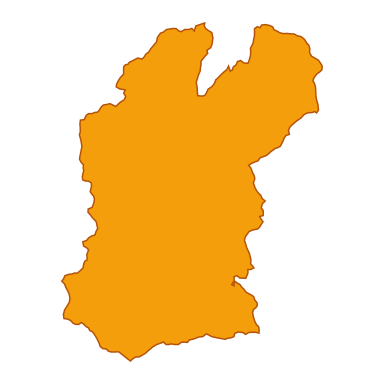 outline of Juquiá, São Paulo, Brazil
{"feature_id": "56859067B43300961500211", "entity_name": "Juquiá", "entity_type": "district", "adm_level": 2, "iso_a3": "BRA", "parent_name": "Brazil", "parent_adm1": "São Paulo", "projection": "robinson", "projection_center": [-47.643, -24.216], "detail": "fine", "context": "isolated", "style": "filled", "palette": "amber", "viewbox_px": 384, "rotation_deg": 0, "n_neighbors": 0, "source": "geoboundaries", "source_scale": "gbopen_adm2", "svg_char_len": 4358}
<svg xmlns="http://www.w3.org/2000/svg" viewBox="0 0 384 384"><path d="M258.9,333.1L259.2,330.0L258.6,326.7L256.4,324.5L254.8,321.3L253.4,316.9L252.6,313.1L253.4,309.5L255.8,307.8L257.3,305.5L257.0,302.7L254.8,300.0L253.7,296.7L251.8,295.2L249.3,294.0L245.8,291.9L244.0,289.2L241.6,287.1L240.0,284.6L237.1,282.9L234.1,280.8L234.0,276.7L237.1,275.7L239.8,278.0L245.8,278.3L247.9,273.2L247.9,269.5L250.9,269.5L253.9,267.9L252.4,265.9L250.7,263.9L250.9,259.5L249.9,255.4L249.0,252.4L247.6,249.7L246.5,247.0L245.8,244.3L244.4,240.2L245.4,236.8L249.0,231.6L252.7,230.0L257.9,228.9L259.7,227.0L261.2,224.5L263.0,221.7L261.3,219.4L259.6,216.5L263.2,215.6L263.3,210.8L261.3,208.0L262.3,203.8L265.2,201.0L262.0,198.4L260.8,195.3L258.7,193.3L256.9,191.2L255.1,187.9L253.4,183.2L254.8,178.7L254.3,176.0L252.6,172.6L250.8,167.9L248.6,165.3L251.6,163.4L254.7,162.0L258.0,160.9L260.1,157.8L262.7,156.9L266.4,155.5L269.1,153.3L270.9,151.5L273.0,150.2L275.1,148.5L278.1,147.5L280.3,146.2L282.3,142.5L284.4,137.7L286.2,135.4L289.4,134.3L288.5,130.5L289.8,127.2L292.6,124.4L296.3,121.2L301.2,117.8L303.9,114.7L307.3,112.9L312.3,112.5L314.6,111.6L316.6,112.9L318.5,110.0L317.9,104.3L316.9,101.1L316.1,97.5L315.8,94.2L315.7,90.8L315.5,87.1L314.3,83.0L312.8,80.8L314.2,77.5L317.0,73.8L319.6,72.0L321.9,69.9L322.2,66.1L320.3,62.8L318.4,60.2L314.5,57.9L311.6,56.3L309.6,52.6L309.8,48.6L308.8,45.2L306.9,43.3L304.5,39.4L300.9,36.5L297.1,35.8L294.3,34.0L290.0,33.8L286.8,33.4L283.9,33.7L279.9,32.8L277.0,31.1L274.0,29.7L272.5,26.7L269.3,25.4L265.4,24.6L261.7,25.0L260.1,27.6L257.2,26.7L254.5,28.7L254.5,35.5L253.7,39.4L253.2,42.4L252.3,44.9L250.5,48.2L250.7,51.2L250.5,55.6L249.1,60.5L247.9,63.3L243.9,63.0L240.6,60.5L237.4,61.6L236.2,64.8L233.2,67.1L232.4,69.9L230.3,71.1L228.5,66.1L226.9,69.5L223.3,72.5L220.9,74.8L218.2,77.7L215.8,79.8L214.4,83.5L212.0,86.5L208.1,89.2L206.5,92.7L205.0,95.4L202.3,96.1L197.8,95.7L197.4,92.3L197.2,87.5L196.2,82.5L197.3,78.9L198.1,75.9L200.2,70.9L200.4,68.1L201.0,64.8L201.0,61.4L202.7,59.0L205.0,56.2L207.7,53.4L206.9,50.3L210.6,47.8L212.0,44.5L212.9,38.0L211.8,32.6L208.1,30.4L205.8,28.6L204.2,25.9L204.7,23.0L200.7,24.3L195.8,26.0L194.3,31.1L191.8,28.4L188.8,29.5L184.7,29.5L181.3,31.7L178.7,30.9L176.3,28.7L173.5,28.4L166.5,29.5L163.4,32.1L160.4,33.2L157.4,37.5L156.5,41.9L153.6,45.4L150.8,48.7L148.6,52.2L146.0,54.0L144.0,57.2L141.8,59.1L137.8,58.0L134.5,59.7L131.8,61.2L129.5,62.1L127.9,64.3L125.4,64.8L123.7,66.8L123.6,69.9L123.6,74.0L120.1,77.9L118.2,81.0L116.6,84.1L116.2,86.9L119.6,88.9L122.0,89.3L125.2,89.9L123.7,93.2L125.7,96.4L124.2,99.9L121.3,101.5L118.9,103.4L115.8,106.5L110.0,103.7L106.5,104.5L103.4,105.0L101.2,107.0L99.3,110.1L97.5,112.2L94.9,112.4L91.7,113.7L88.7,113.6L86.3,115.2L84.3,119.6L80.4,120.1L79.9,124.0L80.2,127.2L80.3,131.6L79.4,134.9L80.2,137.6L81.1,141.3L81.9,146.6L81.0,151.1L79.9,156.5L79.5,159.3L81.3,162.6L83.5,164.8L83.1,167.8L83.7,170.4L83.1,173.0L82.3,176.8L82.8,180.0L85.2,181.0L88.3,181.1L91.2,182.8L91.5,186.1L90.8,189.2L90.2,191.8L92.0,194.3L93.6,196.1L94.5,199.4L93.7,203.3L92.1,207.4L88.2,209.0L88.0,212.3L90.1,214.6L92.6,217.9L96.2,221.7L97.0,225.5L97.7,228.4L96.1,231.3L94.9,235.0L91.6,236.0L88.6,237.9L86.6,240.4L82.8,241.8L83.6,246.0L86.7,247.8L88.6,249.9L86.8,254.5L87.2,259.8L84.8,261.2L83.7,264.0L83.1,267.8L80.0,270.9L77.3,273.2L74.4,273.0L72.0,274.0L68.8,274.3L64.9,275.7L63.5,279.0L61.8,281.1L64.6,284.1L65.8,287.4L67.5,290.4L69.2,294.2L69.9,298.4L69.3,302.3L67.0,306.2L64.6,309.9L63.4,314.6L64.0,318.6L67.4,319.0L70.4,320.4L73.3,323.3L75.6,324.4L78.8,324.4L81.3,322.5L83.3,323.8L86.1,326.6L88.6,328.0L89.7,330.5L92.7,331.9L95.3,335.8L97.4,339.5L99.0,342.8L100.2,346.5L102.8,348.6L106.2,348.9L108.4,351.2L111.2,352.0L114.2,352.0L118.7,351.8L122.0,354.4L125.0,356.8L127.5,358.8L130.5,361.0L132.6,358.9L135.6,357.0L139.2,356.9L142.2,355.2L145.7,353.1L148.0,350.9L150.3,349.0L152.6,347.0L156.7,344.5L160.5,343.2L163.4,342.0L166.0,344.5L168.4,344.6L171.3,343.9L174.6,344.5L178.4,344.5L181.1,342.4L183.9,342.1L187.3,342.4L189.6,339.8L192.7,339.3L196.0,338.1L199.2,336.9L202.6,336.7L206.3,333.9L208.8,335.0L211.4,336.5L216.9,337.8L220.9,338.5L225.2,339.3L227.7,338.2L230.8,337.9L234.0,336.6L234.6,333.6L237.9,332.0L242.8,332.5L245.6,334.4L248.9,332.4L252.6,332.3L255.8,332.3L258.9,333.1ZM234.1,280.8L234.1,285.9L231.7,284.7L234.1,280.8Z" fill="#f59e0b" stroke="#b45309" stroke-width="1.5"/></svg>